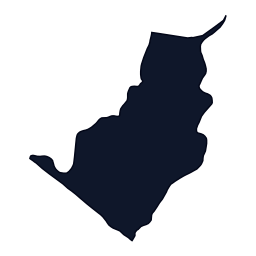 Ocós, San Marcos, Guatemala
{"feature_id": "79465075B29002473426991", "entity_name": "Ocós", "entity_type": "district", "adm_level": 2, "iso_a3": "GTM", "parent_name": "Guatemala", "parent_adm1": "San Marcos", "projection": "albers", "projection_center": [-92.184, 14.559], "detail": "fine", "context": "isolated", "style": "filled", "palette": "ink", "viewbox_px": 256, "rotation_deg": 0, "n_neighbors": 0, "source": "geoboundaries", "source_scale": "gbopen_adm2", "svg_char_len": 3196}
<svg xmlns="http://www.w3.org/2000/svg" viewBox="0 0 256 256"><path d="M151.8,32.5L151.7,33.7L151.5,34.9L151.2,36.2L150.9,37.5L150.2,40.2L149.9,42.3L149.6,43.3L149.1,45.0L148.7,45.9L147.4,48.4L143.8,57.5L141.7,64.0L141.2,66.1L140.7,71.4L140.7,74.5L141.1,77.7L141.4,78.9L142.3,80.1L142.8,81.3L141.9,82.7L140.6,83.6L139.9,84.8L138.9,86.0L138.1,86.5L136.8,86.5L135.8,86.4L134.8,86.3L133.9,86.3L132.0,86.5L131.0,86.8L130.0,87.7L129.1,89.7L128.4,91.3L127.9,92.9L127.7,93.9L127.7,95.7L127.7,97.6L127.6,98.6L127.3,100.1L126.9,101.0L125.8,102.3L124.3,104.2L122.8,105.8L121.5,107.7L120.7,109.0L120.2,111.0L119.9,113.0L119.8,114.4L119.6,115.5L118.6,116.4L117.5,116.4L116.2,116.3L114.1,115.9L112.5,115.9L111.5,116.0L109.9,116.6L108.2,117.3L106.8,117.7L104.9,117.8L102.6,117.9L101.6,118.0L100.1,118.9L98.7,120.2L97.5,121.8L96.0,123.5L91.5,127.3L89.2,128.7L87.9,129.4L86.0,130.1L83.4,130.7L81.3,131.4L79.6,132.2L78.0,133.7L77.4,134.6L77.0,135.7L76.4,138.3L74.6,156.5L74.0,161.7L73.7,163.9L73.1,165.5L71.6,168.4L69.2,171.3L67.0,173.0L66.0,173.2L65.0,173.2L63.5,173.2L60.9,172.8L59.8,172.6L58.7,171.9L57.0,170.5L55.7,169.1L54.6,167.3L54.0,166.0L53.3,163.3L52.8,161.7L52.6,160.7L52.0,159.9L51.2,159.0L49.4,157.7L48.4,157.2L46.7,156.5L44.9,156.1L43.5,156.1L42.0,156.2L40.5,156.4L39.0,156.4L37.0,156.3L36.0,156.0L35.0,155.8L33.7,155.5L32.7,155.4L31.0,155.8L30.3,156.9L29.9,158.5L30.7,159.1L31.7,159.8L33.3,160.9L34.5,161.9L36.2,163.0L38.8,165.3L42.4,168.5L49.4,173.9L62.9,183.8L64.9,185.6L67.9,188.3L71.7,191.0L72.7,191.8L75.5,194.0L80.1,198.0L87.4,204.2L92.4,208.2L95.2,210.4L98.9,213.3L100.5,214.5L102.9,216.8L104.4,218.7L106.3,221.1L107.2,222.6L108.8,224.9L109.5,225.5L111.0,226.7L113.2,228.1L117.4,229.8L119.9,230.9L123.8,234.6L128.6,237.7L129.6,238.7L131.8,240.5L132.1,240.6L134.4,236.6L134.9,235.7L134.9,232.8L135.5,231.8L136.2,230.9L137.0,230.0L138.1,229.4L140.9,226.5L143.3,225.4L146.1,224.5L148.2,223.5L149.6,222.1L151.1,220.1L151.2,219.6L151.4,217.0L151.6,214.9L152.3,213.2L154.1,211.1L155.9,208.4L157.1,206.6L159.4,202.9L162.4,199.0L166.4,191.9L167.2,189.9L168.4,187.8L169.7,185.7L170.9,184.1L173.0,182.7L175.2,181.1L179.6,178.3L183.5,176.0L185.6,174.9L188.1,173.7L190.7,172.4L193.7,170.7L196.8,169.0L198.5,167.3L200.4,165.3L201.3,164.0L201.7,163.2L202.8,160.7L202.9,158.7L203.1,156.8L203.4,155.4L204.3,153.5L205.4,151.0L206.0,147.4L206.6,143.5L206.6,140.0L206.3,138.3L204.8,136.2L203.2,134.8L200.9,133.8L199.3,133.4L197.6,132.9L196.5,131.5L196.4,128.6L197.6,125.1L199.0,122.4L199.9,120.2L201.5,116.2L204.3,112.3L211.7,103.9L212.2,102.7L212.1,100.3L211.8,98.0L211.1,96.6L210.3,95.5L209.5,95.0L207.6,93.9L206.3,93.5L204.7,92.9L202.5,91.7L200.9,90.1L199.6,88.6L199.4,88.2L199.0,86.7L199.0,85.5L200.0,83.5L201.0,81.2L202.4,78.1L203.6,76.4L204.7,74.9L205.6,73.4L206.1,71.3L206.1,68.8L205.5,66.1L204.9,63.9L204.4,62.4L203.2,59.4L202.1,55.6L201.3,53.7L200.9,52.9L200.5,51.2L200.4,48.6L200.3,46.4L200.7,44.1L202.1,41.9L203.6,40.0L205.0,38.7L209.0,35.7L212.2,33.9L214.5,32.0L217.2,29.6L220.0,27.2L220.8,26.1L222.7,23.5L224.5,20.5L224.8,19.7L226.0,15.5L226.1,15.4L223.5,20.4L214.7,27.0L202.7,35.6L193.0,37.7L191.6,37.5L187.7,38.0L158.0,33.4L151.8,32.5Z" fill="#0f172a" stroke="#020617" stroke-width="1.5"/></svg>